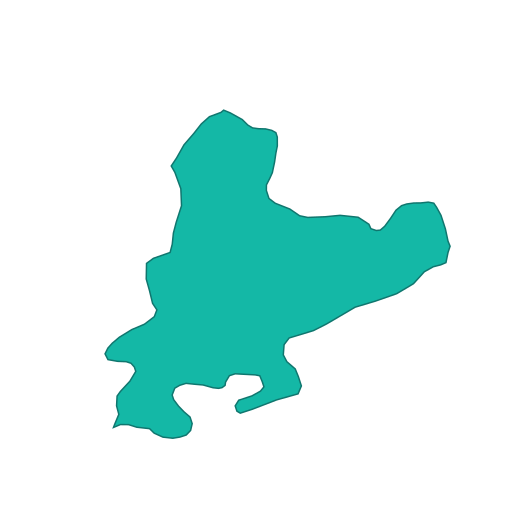 SVG path tracing the border of Negotino, rotated 252°
{"feature_id": "MKD-2946", "entity_name": "Negotino", "entity_type": "Statistical Region", "adm_level": 1, "iso_a3": "MKD", "parent_name": "North Macedonia", "parent_adm1": "", "projection": "orthographic", "projection_center": [22.1, 41.501], "detail": "fine", "context": "isolated", "style": "filled", "palette": "teal", "viewbox_px": 512, "rotation_deg": 252, "n_neighbors": 0, "source": "natural_earth", "source_scale": "10m", "svg_char_len": 1931}
<svg xmlns="http://www.w3.org/2000/svg" viewBox="0 0 512 512"><g transform="rotate(252 256 256)"><path d="M111.9,253.4L112.8,231.1L111.4,205.1L111.4,192.5L111.6,192.3L114.3,189.9L119.9,189.9L124.2,195.0L124.2,208.9L126.1,218.5L129.1,223.1L134.5,223.1L140.9,222.6L143.2,218.5L146.7,209.4L150.4,199.8L150.4,193.7L145.5,188.1L142.5,186.6L141.3,183.0L141.7,179.5L144.0,174.4L149.7,165.8L152.7,158.7L156.5,150.1L156.6,143.5L155.4,137.9L149.7,133.3L144.8,133.3L137.2,135.9L130.0,139.4L123.2,143.5L116.3,143.5L110.3,139.9L107.3,134.3L107.3,127.7L108.4,120.6L112.5,111.5L119.0,104.4L124.7,101.4L130.0,89.7L135.0,82.7L137.6,75.0L137.0,67.5L139.5,69.5L147.8,76.6L156.6,77.1L165.7,80.6L169.1,85.2L175.9,97.4L183.4,106.0L188.0,106.0L192.6,104.0L195.6,99.9L198.6,91.8L203.2,83.2L209.6,82.2L214.2,86.7L217.5,92.4L221.0,101.0L224.4,115.2L225.6,128.8L229.7,140.5L235.4,145.1L242.9,143.0L255.8,144.0L268.0,144.5L282.8,149.6L285.5,157.7L285.9,175.4L293.1,180.0L303.3,184.5L312.8,190.6L326.8,200.7L343.2,205.3L360.6,204.7L367.8,203.2L373.8,210.8L384.0,221.9L391.8,234.8L398.5,244.8L402.9,254.8L403.4,267.1L404.7,270.3L400.1,275.7L390.0,285.1L383.0,288.7L378.9,292.3L376.3,297.7L373.9,304.4L370.6,309.8L367.2,313.0L362.5,313.0L354.1,310.3L347.7,306.7L339.6,302.7L330.2,297.3L325.8,293.3L320.4,287.9L315.1,286.1L306.7,286.1L300.2,290.6L290.2,302.7L280.8,309.9L276.7,317.1L272.0,333.7L268.7,348.5L264.7,357.5L261.3,365.1L256.9,368.7L251.3,373.2L246.5,373.7L243.1,378.2L242.2,382.2L244.5,387.6L250.2,395.6L256.3,403.3L258.9,410.0L258.9,415.4L257.6,422.6L255.6,428.9L254.0,436.5L251.3,441.4L246.5,442.8L237.5,444.5L223.3,444.5L210.8,443.2L205.3,443.6L200.0,439.7L191.0,434.6L190.5,428.9L191.0,421.3L189.0,411.2L181.0,397.2L176.7,378.2L176.2,355.4L176.7,334.5L172.5,315.4L169.6,302.2L167.3,287.6L167.8,262.2L163.0,255.3L153.5,251.4L145.9,252.7L136.5,258.4L128.3,259.0L118.4,259.0L111.9,253.4Z" fill="#14b8a6" stroke="#0f766e" stroke-width="1.5"/></g></svg>